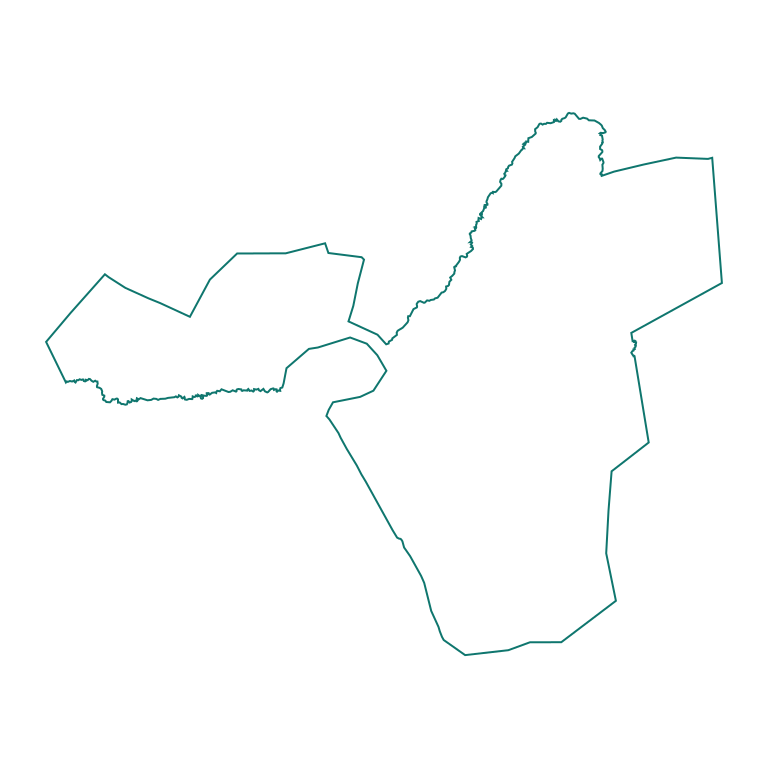 the district of Bayantu'men, Dornod, Mongolia
{"feature_id": "93677404B39885701054599", "entity_name": "Bayantu'men", "entity_type": "district", "adm_level": 2, "iso_a3": "MNG", "parent_name": "Mongolia", "parent_adm1": "Dornod", "projection": "orthographic", "projection_center": [114.734, 48.046], "detail": "fine", "context": "isolated", "style": "outline", "palette": "teal", "viewbox_px": 768, "rotation_deg": 0, "n_neighbors": 0, "source": "geoboundaries", "source_scale": "gbopen_adm2", "svg_char_len": 6095}
<svg xmlns="http://www.w3.org/2000/svg" viewBox="0 0 768 768"><path d="M326.4,416.0L329.4,419.4L338.5,433.1L340.6,437.7L346.8,449.0L356.8,465.5L361.4,474.4L365.8,481.7L392.6,530.2L397.1,537.6L399.0,538.6L400.6,538.9L401.6,540.0L402.4,541.3L404.1,547.5L410.1,556.1L421.1,575.9L424.2,582.9L431.2,610.9L438.5,626.9L439.8,631.3L442.0,636.9L443.7,640.0L465.1,655.1L508.3,650.2L529.9,642.3L561.3,642.2L615.9,600.8L606.2,553.3L608.5,510.8L611.6,471.3L648.7,442.5L634.6,356.6L633.8,356.4L634.1,355.8L632.8,355.1L631.3,352.7L632.3,351.2L633.6,350.5L633.4,349.4L634.8,349.0L634.5,347.8L635.6,346.7L635.8,345.6L635.2,345.4L635.0,344.9L635.9,343.9L636.1,342.4L635.3,342.1L635.5,341.2L634.9,340.8L634.4,341.1L634.8,341.6L634.5,342.1L633.9,342.0L633.8,340.8L632.6,341.1L631.3,332.9L721.9,283.0L712.2,157.8L708.0,158.9L676.1,157.6L643.8,164.5L614.1,171.6L601.6,175.9L601.4,175.5L601.8,174.4L600.4,174.0L600.4,173.4L602.5,170.9L602.7,168.6L602.4,164.7L603.4,163.1L603.5,162.2L602.2,158.7L601.3,158.7L600.2,160.0L599.6,158.3L598.7,157.0L598.8,156.0L602.3,152.1L602.4,151.1L602.1,150.2L600.1,149.0L600.1,146.6L602.1,143.9L602.1,142.7L602.8,142.5L602.8,142.1L602.4,140.8L602.7,139.5L602.0,135.6L600.4,135.1L600.9,133.9L599.8,133.4L600.6,132.8L603.1,133.1L605.5,132.3L605.7,131.7L604.8,130.1L602.8,128.1L601.8,125.6L601.0,124.7L599.0,123.0L594.5,120.5L588.9,120.3L587.0,118.6L583.1,117.7L580.4,118.9L579.0,118.8L574.7,113.7L573.4,113.3L571.2,113.6L569.1,112.9L567.9,113.5L565.7,117.3L564.6,118.1L562.3,118.8L561.4,119.8L561.3,120.9L560.3,121.7L558.5,121.4L556.9,119.5L556.5,120.6L555.3,119.8L555.2,120.7L553.9,120.2L553.9,122.1L550.6,123.2L547.1,122.8L545.9,123.9L544.1,123.8L542.6,124.6L541.0,123.6L539.9,123.7L539.3,124.1L537.6,127.2L535.1,129.2L535.2,131.5L535.8,132.9L535.6,133.6L531.8,137.0L528.4,138.2L528.2,141.8L526.2,141.5L526.1,142.5L525.2,142.5L525.0,143.1L523.6,143.6L523.4,143.9L525.3,144.0L525.3,144.6L522.9,146.7L524.0,148.3L522.8,148.3L522.1,149.7L521.4,150.0L518.8,153.6L515.3,156.3L514.5,158.2L512.1,161.8L512.4,163.4L511.9,164.6L509.0,165.7L508.2,166.9L507.9,168.3L506.2,169.3L506.1,170.0L506.9,170.9L505.8,171.1L505.2,172.8L504.3,173.7L504.6,174.8L505.5,175.3L505.1,176.3L503.3,178.6L502.7,179.0L501.4,178.7L500.6,179.8L500.1,181.9L501.4,183.8L501.3,185.7L496.2,191.6L495.1,192.1L492.9,191.8L492.5,192.3L492.7,193.1L491.9,192.8L490.6,193.3L487.9,197.3L487.4,199.3L486.5,201.3L486.5,202.3L487.5,204.0L487.4,204.8L485.0,205.0L485.9,206.8L485.8,207.6L485.2,207.8L484.2,207.0L484.1,208.4L483.1,211.0L480.0,214.0L480.0,214.6L480.7,214.9L481.9,214.3L481.9,214.8L481.0,215.8L482.4,217.3L481.5,217.3L481.1,219.0L478.6,218.0L478.4,220.0L478.8,221.0L476.5,221.9L476.7,223.7L476.1,224.8L476.1,226.6L474.9,227.1L476.1,227.7L475.9,228.3L474.9,228.7L475.3,230.2L474.6,230.8L471.6,231.4L471.3,232.5L469.8,233.5L469.8,234.3L470.5,235.4L470.8,238.2L471.6,240.3L471.4,240.9L470.1,242.1L471.5,242.0L472.1,242.7L470.8,244.5L472.1,245.9L471.1,247.0L472.8,247.6L473.0,249.0L471.2,250.9L466.7,253.9L467.2,255.9L466.9,256.7L465.6,257.4L462.0,256.1L460.5,256.5L460.1,257.2L459.8,257.9L460.0,259.8L459.1,261.6L456.1,265.6L455.1,266.4L455.4,266.6L454.2,267.2L455.0,270.4L454.4,272.1L454.3,273.6L452.3,275.8L450.2,277.5L451.3,279.8L449.4,281.8L449.0,284.9L448.1,285.9L446.1,286.5L446.3,288.8L445.1,290.9L443.4,292.2L441.6,292.6L437.6,297.7L435.0,298.4L433.9,299.5L430.7,300.0L429.4,300.8L427.1,300.4L424.8,302.6L424.0,302.8L420.2,301.1L418.3,301.7L416.8,303.7L416.7,304.4L417.1,306.2L416.9,307.4L413.5,309.1L409.9,316.2L408.2,316.2L407.9,317.6L408.4,320.2L407.6,322.3L402.7,327.7L397.7,330.7L396.7,332.6L396.9,334.9L392.3,338.4L392.1,339.8L388.9,341.6L388.6,343.5L386.2,344.3L377.5,334.7L348.5,321.4L353.3,305.9L357.8,283.4L364.0,259.6L361.6,257.2L328.4,253.0L325.1,243.3L285.8,253.3L237.1,253.5L209.9,279.6L189.9,316.8L160.2,303.1L148.4,298.3L125.4,287.9L108.7,277.2L104.9,274.3L70.6,312.9L46.1,341.9L65.9,382.5L66.8,381.4L67.8,381.9L69.9,381.0L72.1,381.5L74.2,380.5L74.6,381.9L75.5,382.5L76.9,380.1L78.4,380.2L79.6,379.3L81.6,379.9L83.0,379.4L83.5,379.8L83.8,381.0L85.1,381.4L86.0,380.9L85.9,379.8L87.6,380.2L88.9,378.9L90.0,379.1L91.6,380.8L93.3,381.8L95.2,380.7L96.3,381.5L97.4,381.5L97.7,383.6L96.9,386.1L97.1,387.2L99.5,387.8L101.2,388.9L102.2,391.3L102.0,392.7L102.3,394.8L104.3,395.6L104.3,396.7L103.0,398.8L103.0,399.3L103.5,400.1L105.3,400.6L106.3,402.0L110.0,402.3L111.4,400.9L112.4,399.2L114.5,399.6L116.4,398.6L117.4,398.7L118.0,399.4L118.0,402.6L119.6,402.4L121.5,404.1L123.1,404.0L125.3,404.7L126.8,404.4L127.4,403.3L127.7,401.2L128.5,401.1L129.6,402.5L131.1,402.0L131.7,401.1L131.7,399.5L134.3,401.1L135.4,400.6L136.3,401.3L137.1,401.2L137.7,400.3L136.8,398.9L136.9,398.3L138.8,399.3L140.5,398.1L147.5,400.3L151.2,399.9L153.5,398.6L156.3,398.9L158.1,399.9L160.4,398.9L165.3,398.7L168.0,397.9L174.4,397.2L175.9,396.4L177.3,397.4L178.4,396.8L178.9,395.3L181.3,396.6L181.6,397.8L182.5,398.4L184.4,396.9L184.7,397.5L184.6,398.7L185.0,399.5L186.8,399.8L189.1,398.9L192.1,399.1L192.4,398.9L192.7,396.4L194.2,397.0L195.3,396.7L195.8,396.0L195.8,394.6L196.3,395.9L197.4,396.4L198.0,396.2L198.1,394.9L199.9,396.2L200.7,396.1L201.4,395.0L201.9,395.1L200.6,397.1L201.0,398.4L202.1,398.8L203.0,398.2L203.1,396.6L203.9,395.6L206.3,395.9L207.0,395.6L207.2,394.6L206.7,393.8L206.7,393.2L208.6,393.1L209.0,394.3L209.7,394.6L212.1,392.8L215.0,392.4L216.2,393.0L216.5,391.6L217.2,390.8L219.8,391.3L221.5,389.3L228.5,392.0L230.2,391.8L232.7,390.3L236.0,391.6L236.5,391.2L236.5,390.1L237.0,389.4L238.4,389.0L241.3,389.4L241.7,390.7L242.4,390.9L243.6,390.3L247.3,390.6L247.4,389.8L248.3,389.0L249.7,390.9L251.7,390.5L252.6,391.3L253.4,391.5L254.1,390.6L254.1,389.1L256.4,389.6L258.4,388.9L259.0,390.3L260.5,391.1L263.4,388.9L264.9,391.3L267.2,392.4L268.1,392.0L270.6,389.2L273.2,388.4L273.7,388.6L274.0,389.9L275.8,389.2L276.6,389.4L276.6,391.4L277.0,391.7L278.3,390.5L280.2,390.8L280.0,389.6L280.4,388.1L282.3,387.5L283.6,383.4L286.5,368.2L308.9,348.9L317.9,347.5L350.1,337.5L366.8,343.7L377.3,355.2L386.4,370.8L373.4,390.7L360.1,396.9L333.0,402.3L328.7,409.9L326.4,416.0Z" fill="none" stroke="#0f766e" stroke-width="2"/></svg>